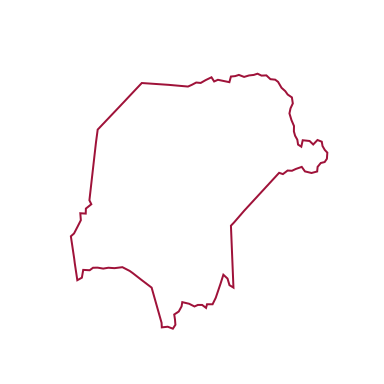 the district of Aliança, Pernambuco, Brazil, rotated 23°
{"feature_id": "56859067B36820916945585", "entity_name": "Aliança", "entity_type": "district", "adm_level": 2, "iso_a3": "BRA", "parent_name": "Brazil", "parent_adm1": "Pernambuco", "projection": "orthographic", "projection_center": [-35.173, -7.607], "detail": "fine", "context": "isolated", "style": "outline", "palette": "rose", "viewbox_px": 384, "rotation_deg": 23, "n_neighbors": 0, "source": "geoboundaries", "source_scale": "gbopen_adm2", "svg_char_len": 1501}
<svg xmlns="http://www.w3.org/2000/svg" viewBox="0 0 384 384"><g transform="rotate(23 192 192)"><path d="M228.2,57.0L224.7,56.1L220.1,57.5L214.9,55.6L210.5,57.7L206.1,57.5L203.1,60.1L199.0,62.4L195.0,65.7L189.4,65.9L186.4,68.5L182.7,70.5L183.5,76.3L178.0,77.4L172.0,78.6L169.2,81.6L165.1,78.8L160.9,83.6L157.4,88.2L153.1,89.6L149.9,93.5L147.1,96.5L128.6,102.5L103.2,111.3L100.0,119.9L92.6,139.9L80.8,171.4L84.3,184.1L100.8,239.7L104.1,242.6L100.8,248.7L102.6,253.4L97.5,255.2L100.7,261.4L100.2,268.7L99.6,276.3L97.8,280.1L109.5,299.2L112.0,303.5L120.9,318.0L124.1,313.9L122.3,306.2L128.4,304.0L130.5,300.4L134.7,298.5L140.2,297.2L144.6,294.4L150.4,292.4L157.3,288.4L165.5,289.0L169.1,289.8L180.0,292.7L192.2,295.8L215.1,324.3L217.1,328.4L222.3,325.5L227.8,325.3L228.6,320.7L226.2,316.1L223.5,311.7L226.5,307.2L227.1,301.4L226.1,297.2L233.0,296.0L239.0,296.4L241.6,293.6L245.5,292.0L250.2,293.2L249.7,289.5L254.8,287.3L255.2,280.1L254.1,265.4L253.2,255.9L258.5,257.8L262.9,263.1L267.5,263.8L241.0,207.8L242.6,203.6L247.4,188.7L264.7,140.3L268.7,140.0L271.6,134.9L275.7,133.4L278.6,130.2L283.2,126.0L287.9,128.9L294.6,127.8L299.2,124.2L297.8,119.8L299.2,115.0L302.4,112.6L303.2,108.7L301.2,102.9L297.8,101.4L294.2,98.7L291.8,95.0L287.2,95.1L285.0,100.9L280.3,99.1L273.7,101.1L274.9,107.6L271.1,106.9L268.5,102.7L264.9,99.9L262.1,96.4L260.1,91.4L255.5,87.0L251.0,81.6L250.0,76.5L250.2,71.1L247.0,65.9L242.0,64.9L238.4,62.7L233.7,61.1L228.2,57.0Z" fill="none" stroke="#9f1239" stroke-width="2"/></g></svg>